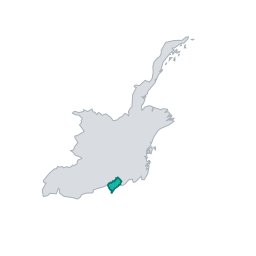 location of Falam, Chin, Myanmar, rotated 227°
{"feature_id": "60261553B58296948192675", "entity_name": "Falam", "entity_type": "district", "adm_level": 2, "iso_a3": "MMR", "parent_name": "Myanmar", "parent_adm1": "Chin", "projection": "albers", "projection_center": [93.718, 23.446], "detail": "fine", "context": "in_parent", "style": "filled", "palette": "teal", "viewbox_px": 256, "rotation_deg": 227, "n_neighbors": 0, "source": "geoboundaries", "source_scale": "gbopen_adm2", "svg_char_len": 6238}
<svg xmlns="http://www.w3.org/2000/svg" viewBox="0 0 256 256"><g transform="rotate(227 128 128)"><path d="M166.4,114.6L163.8,113.4L162.0,114.6L159.1,114.3L159.5,116.8L157.9,117.7L155.0,117.6L153.4,121.5L147.4,122.6L143.4,122.1L141.3,125.5L141.3,129.4L140.3,131.7L140.8,135.7L138.3,136.8L136.7,136.7L137.6,138.5L139.6,139.2L141.0,143.3L140.6,145.0L149.2,154.3L151.9,161.7L153.9,160.6L154.5,161.4L153.8,163.4L151.3,165.0L151.1,173.0L147.0,175.0L147.2,177.6L147.8,179.5L151.7,184.6L156.0,188.1L158.5,191.9L159.1,197.4L158.6,199.8L159.8,203.1L162.1,205.2L164.9,214.0L160.2,221.9L155.3,227.2L154.9,232.6L153.3,234.4L152.4,232.8L151.9,227.1L154.2,223.5L154.8,216.5L156.3,215.0L155.4,214.3L153.5,214.9L154.0,209.2L152.8,209.1L153.7,207.8L152.2,198.5L148.2,192.0L147.6,189.2L147.1,193.0L146.6,192.3L146.3,187.1L144.0,181.5L144.2,181.0L145.2,181.5L144.3,180.2L143.5,180.5L142.8,179.1L141.3,167.4L139.8,165.7L140.2,160.6L141.3,159.3L137.3,159.9L135.3,155.7L135.2,153.3L131.1,149.8L131.8,150.9L131.2,152.1L131.9,154.1L130.4,157.9L128.8,159.6L126.6,160.4L124.9,159.3L124.5,157.4L123.8,157.3L125.4,161.1L119.1,164.4L118.2,166.7L114.9,169.6L113.9,169.3L114.4,165.3L112.5,168.5L109.8,168.6L109.2,164.4L108.2,166.8L106.6,167.6L107.1,160.5L106.6,162.6L104.1,165.4L101.6,166.3L102.2,160.5L105.4,151.3L105.7,148.2L103.9,140.8L100.9,134.7L101.8,134.6L99.8,132.8L99.5,128.2L98.4,129.8L98.2,132.7L95.8,131.2L93.4,127.2L94.4,126.8L97.1,128.7L98.6,127.7L99.0,126.4L94.7,122.5L95.8,120.9L94.4,120.9L90.7,119.0L89.7,119.3L90.2,121.0L89.4,121.5L88.0,118.9L89.0,117.7L88.1,117.6L88.7,115.4L88.4,115.1L86.7,118.0L85.7,117.3L86.8,115.8L86.4,114.9L84.8,113.2L84.9,116.3L81.2,111.4L79.1,104.6L80.7,102.9L83.7,104.9L83.5,96.6L84.7,94.8L87.7,96.3L88.6,94.2L89.7,93.7L89.0,88.0L89.9,84.3L91.9,83.7L92.4,80.7L92.6,76.7L91.7,72.2L93.5,73.3L95.5,72.9L100.3,74.4L102.0,69.2L106.4,60.6L104.8,58.7L105.0,57.4L108.9,53.0L110.8,48.9L109.9,45.4L110.7,42.4L114.2,40.5L121.7,34.5L127.4,33.6L129.7,35.8L131.3,36.0L128.8,30.6L133.5,26.3L133.3,23.1L135.4,19.6L136.7,19.7L137.9,21.3L139.1,21.3L141.4,23.7L143.6,30.6L145.2,29.3L147.3,30.2L148.6,40.4L148.2,46.4L147.0,47.8L148.0,50.2L146.1,51.1L144.7,53.6L142.7,53.8L141.4,57.1L139.4,57.6L138.4,60.2L138.7,62.1L137.1,63.3L136.6,66.6L138.1,67.9L138.6,69.7L137.1,73.4L138.4,73.6L144.0,70.9L148.0,71.2L150.7,70.6L149.1,73.1L150.8,76.4L151.4,81.4L157.4,82.6L158.4,83.9L157.1,85.5L155.4,93.8L163.3,94.6L163.7,97.8L165.4,98.8L165.7,100.6L166.8,101.1L171.1,100.8L173.5,98.5L176.7,97.4L176.9,99.2L176.3,100.6L172.8,102.6L170.6,106.4L170.5,107.3L171.6,108.0L167.6,109.7L166.4,114.6ZM95.9,125.0L98.4,126.5L97.9,127.7L96.3,127.7L95.1,125.7L95.9,125.0ZM149.3,204.2L151.1,206.5L149.5,208.1L149.3,204.2ZM95.6,135.2L94.2,134.3L93.3,133.1L96.2,133.1L95.6,135.2ZM152.1,214.2L152.3,217.2L151.2,216.9L150.4,214.4L152.1,214.2ZM105.5,166.3L103.8,168.3L103.5,166.6L105.9,164.1L105.5,166.3ZM139.6,163.0L138.6,162.4L138.4,160.6L139.2,160.1L139.9,160.9L139.6,163.0ZM148.7,218.0L148.4,217.0L149.5,214.5L149.4,216.7L148.7,218.0ZM148.2,223.8L149.8,226.0L149.6,226.5L148.1,224.7L147.3,224.9L148.2,223.8ZM153.1,212.4L151.5,213.1L151.3,211.0L153.1,212.4ZM150.0,234.3L148.1,236.4L148.3,235.3L150.0,234.3ZM87.5,119.3L88.2,121.8L87.0,118.8L87.5,119.3ZM149.2,199.3L149.2,201.2L148.6,198.1L149.2,199.3ZM93.4,121.1L93.6,122.7L92.5,120.4L93.4,121.1ZM147.5,210.3L146.3,209.4L146.7,208.7L147.3,208.8L147.5,210.3ZM146.6,207.6L145.9,208.9L145.1,208.1L145.7,207.6L146.6,207.6ZM147.0,215.1L147.0,216.2L146.1,213.7L147.0,215.1ZM108.3,168.6L107.5,168.6L108.5,167.3L108.6,167.7L108.3,168.6ZM152.7,223.8L151.9,223.6L152.4,222.4L152.7,223.8Z" fill="#d9dde1" stroke="#a8b0b8" stroke-width="1"/><path d="M100.4,74.9L100.2,74.8L100.2,74.7L100.1,74.4L99.9,74.3L99.7,74.3L99.6,74.2L99.5,74.3L99.4,74.1L99.2,73.9L98.9,73.8L98.7,73.8L98.5,73.7L98.3,73.6L98.2,73.5L97.9,73.5L97.7,73.6L97.4,73.7L97.2,73.8L96.9,73.8L96.8,73.7L96.7,73.5L96.6,73.4L96.4,73.1L96.4,72.9L96.2,72.9L96.0,73.0L95.9,73.0L95.7,72.9L95.4,72.9L95.1,72.8L94.9,72.8L94.8,73.0L94.7,73.2L94.6,73.3L94.4,73.4L94.2,73.2L94.1,73.3L93.9,73.4L93.8,73.6L93.6,73.6L93.4,73.4L93.2,73.3L93.1,73.2L93.1,72.9L92.9,72.7L92.8,72.4L92.7,72.2L92.4,72.0L92.3,71.9L92.2,71.9L92.0,71.7L91.9,71.7L91.9,71.8L92.0,71.9L91.8,71.9L91.7,71.9L91.7,72.0L91.8,72.1L91.8,72.3L91.7,72.3L91.8,72.5L91.8,72.8L91.8,73.0L92.0,73.5L92.3,73.7L92.4,73.8L92.4,74.0L92.3,74.4L92.4,74.5L92.4,75.1L92.5,75.2L92.4,75.5L92.4,75.8L92.5,75.9L92.5,76.0L92.6,76.3L92.8,76.6L92.8,76.9L92.7,77.1L92.7,77.3L92.7,77.5L92.8,77.7L92.7,77.9L92.7,78.0L92.7,78.4L92.6,78.6L92.4,78.8L92.4,79.1L92.4,79.3L92.4,79.5L92.4,79.9L92.5,80.1L92.4,80.2L92.4,80.3L92.2,80.5L92.1,80.8L92.1,81.0L92.1,81.3L92.1,81.5L92.3,81.9L92.3,82.0L92.2,82.2L92.2,82.3L92.3,82.5L92.2,82.6L92.1,82.8L92.1,83.0L92.3,83.0L92.2,83.1L92.0,83.3L92.0,83.5L91.9,83.6L91.8,83.8L92.0,83.9L92.0,84.0L92.2,84.3L92.2,84.5L92.3,84.6L92.6,84.6L92.8,84.7L92.9,84.8L93.0,84.9L93.0,85.0L93.0,85.3L93.1,85.6L93.1,85.8L93.0,86.0L93.2,86.3L93.3,86.3L93.3,86.5L93.2,86.6L93.2,86.8L93.5,86.9L93.8,86.7L94.0,86.7L94.0,86.8L94.1,87.0L94.3,87.0L94.5,87.1L94.8,87.0L94.9,86.9L95.0,86.9L95.3,86.9L95.3,87.0L95.5,87.1L95.8,87.2L96.2,87.0L96.4,87.0L96.5,87.0L96.8,87.0L97.1,87.0L97.4,86.8L97.5,86.8L97.6,87.0L97.9,87.0L98.0,87.0L98.3,87.0L98.5,87.0L98.5,86.9L98.7,87.0L98.8,86.9L98.8,86.7L99.1,86.6L99.1,86.4L99.1,86.2L99.0,85.9L99.1,85.7L98.9,85.6L98.9,85.4L99.0,85.3L99.2,85.2L98.8,85.0L98.9,84.9L99.0,84.9L98.9,84.7L99.0,84.7L98.9,84.6L99.0,84.5L99.0,84.4L99.0,84.1L99.0,83.9L98.9,83.8L98.9,83.7L98.7,83.6L98.7,83.4L98.7,83.2L98.5,82.9L98.6,82.7L98.4,82.7L98.5,82.5L98.5,82.4L98.5,82.2L98.4,82.1L98.5,82.0L98.7,81.9L98.8,82.0L98.8,81.9L98.8,81.7L99.0,81.5L99.0,81.4L98.9,81.3L99.0,81.3L99.0,81.0L99.0,80.8L99.0,80.6L99.0,80.3L98.8,80.2L98.7,80.1L98.4,80.0L98.5,80.0L98.8,80.0L99.0,80.0L99.1,80.3L99.2,80.2L99.3,80.2L99.2,80.1L99.3,79.9L99.2,79.8L99.3,79.7L99.3,79.3L99.3,79.1L99.2,78.5L99.1,78.3L99.1,78.2L99.3,78.0L99.4,77.9L99.4,78.0L99.5,78.0L99.8,78.3L99.8,78.6L99.9,78.4L100.0,78.3L100.2,78.2L100.2,77.9L100.2,77.6L100.2,77.4L100.3,77.3L100.3,77.1L100.3,76.9L100.5,76.6L100.4,76.4L100.4,76.2L100.6,76.0L100.6,75.9L100.5,75.7L100.4,75.6L100.4,75.3L100.4,75.2L100.4,74.9Z" fill="#14b8a6" stroke="#0f766e" stroke-width="1.5"/></g></svg>